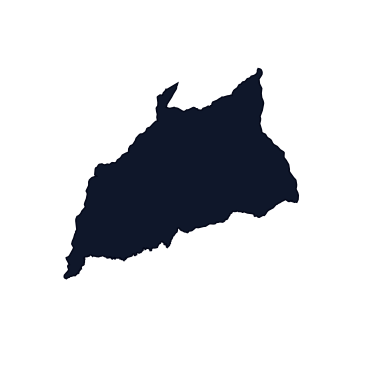 Jericó, Antioquia, Colombia (Natural Earth projection), rotated 32°
{"feature_id": "7082276B41984085227897", "entity_name": "Jericó", "entity_type": "district", "adm_level": 2, "iso_a3": "COL", "parent_name": "Colombia", "parent_adm1": "Antioquia", "projection": "natural_earth1", "projection_center": [-75.766, 5.764], "detail": "fine", "context": "isolated", "style": "filled", "palette": "ink", "viewbox_px": 384, "rotation_deg": 32, "n_neighbors": 0, "source": "geoboundaries", "source_scale": "gbopen_adm2", "svg_char_len": 6080}
<svg xmlns="http://www.w3.org/2000/svg" viewBox="0 0 384 384"><g transform="rotate(32 192 192)"><path d="M286.3,145.2L285.9,142.2L283.9,138.5L282.2,136.8L278.6,134.5L277.5,131.7L276.7,130.3L273.9,127.1L273.2,126.7L270.5,126.0L264.0,123.3L262.9,122.1L262.5,121.2L259.4,117.6L255.1,115.3L251.8,114.1L250.9,112.9L249.4,110.1L249.0,109.7L248.0,109.5L244.4,109.5L240.2,108.3L236.1,108.5L234.2,107.8L232.1,106.4L231.1,106.0L230.2,105.9L227.1,105.9L225.9,105.4L223.7,104.2L220.4,104.6L219.8,104.5L219.3,104.1L217.9,102.4L213.1,98.2L212.0,94.9L211.1,93.3L209.9,92.2L209.5,91.6L208.3,85.7L205.8,79.2L205.0,78.1L203.7,76.9L201.2,75.2L200.1,73.9L198.3,71.6L196.2,67.2L191.8,64.5L188.9,60.8L189.0,57.2L188.9,55.1L188.2,53.7L187.3,52.7L185.7,51.7L184.4,51.7L182.7,52.3L182.9,53.9L183.8,55.3L184.2,57.4L183.1,60.1L180.9,62.5L180.9,63.6L180.6,64.6L180.3,65.2L179.0,66.5L178.8,67.0L178.7,69.1L178.5,69.5L178.3,70.5L176.9,71.6L176.6,72.4L176.4,74.7L175.6,75.5L175.1,76.3L175.3,79.6L174.6,81.0L174.6,82.0L174.1,82.3L173.9,82.9L173.7,83.9L173.9,86.4L174.7,88.9L173.7,89.3L172.9,90.4L171.2,91.8L168.4,95.0L167.1,95.7L166.9,96.6L165.8,98.5L164.8,100.9L162.0,104.8L162.2,106.3L162.8,107.7L162.5,108.6L162.0,109.1L162.1,110.5L161.4,110.6L160.8,110.5L160.2,110.7L159.0,113.0L157.1,115.2L157.0,116.9L156.5,118.0L155.2,118.4L154.0,119.3L153.0,118.8L152.4,118.7L151.0,119.4L149.9,119.1L148.7,119.4L148.1,120.0L145.5,124.2L145.0,124.7L144.1,125.1L143.2,127.4L142.2,128.2L141.4,128.5L135.9,128.6L134.4,129.0L133.8,129.5L132.4,129.6L131.5,130.2L131.2,130.9L130.6,131.2L129.7,132.2L128.2,133.3L125.3,133.9L124.2,130.8L124.3,122.4L124.0,118.5L124.0,113.3L123.7,112.0L122.9,110.6L122.8,109.2L122.2,107.3L116.2,118.9L115.6,118.7L115.7,121.0L115.2,122.8L115.7,125.6L113.5,126.7L112.3,129.5L112.5,130.1L115.7,134.0L116.9,136.1L117.5,137.4L117.2,138.8L117.3,139.8L119.5,142.5L121.5,144.4L122.6,147.1L125.2,150.0L124.1,151.1L123.7,151.9L123.0,154.5L122.1,159.4L121.1,160.5L120.4,161.5L120.2,162.2L120.8,165.1L120.4,166.5L119.3,169.0L117.8,170.0L117.3,170.6L116.9,171.8L116.2,176.0L116.8,178.5L116.8,182.8L116.5,183.7L115.4,185.3L115.2,186.1L115.5,188.9L117.1,191.8L115.4,194.2L113.4,197.6L113.4,200.9L111.8,204.3L112.0,206.9L111.6,207.7L111.0,208.3L108.8,209.4L108.4,209.9L107.7,212.1L107.1,212.6L105.3,213.3L103.8,215.3L102.0,215.9L100.8,215.9L98.8,217.7L98.5,218.3L98.4,219.0L98.5,221.3L97.7,222.4L97.7,223.0L97.8,223.7L100.4,228.8L101.4,229.2L102.3,229.0L102.6,229.1L101.8,229.7L101.5,230.5L99.8,232.5L99.4,233.3L98.7,236.1L99.1,238.1L100.7,240.6L101.1,241.6L101.7,246.9L102.1,247.5L103.2,248.0L104.4,249.2L106.1,253.6L106.8,257.4L107.4,259.4L109.5,261.2L109.6,261.5L108.8,266.4L109.1,268.9L109.0,270.3L108.5,272.1L107.5,273.7L108.0,276.5L108.9,278.1L114.3,284.9L114.4,287.3L115.1,288.5L115.0,289.7L115.3,290.7L116.2,293.7L116.7,297.0L117.5,299.5L117.9,300.0L120.9,301.6L121.2,302.0L121.5,303.8L121.9,310.9L121.5,312.6L120.6,313.7L120.2,314.5L121.5,315.6L123.4,316.6L126.5,318.6L125.8,319.7L125.9,320.7L126.5,321.4L128.3,322.8L128.7,323.4L128.7,325.3L128.3,327.4L127.9,330.2L128.6,331.7L129.1,332.1L129.7,332.3L131.4,332.1L132.0,330.5L133.1,329.3L133.2,328.2L134.7,327.0L135.6,325.4L136.3,325.5L136.8,324.8L137.3,324.7L137.4,323.8L137.7,323.2L137.5,322.3L138.4,321.7L138.7,321.1L138.8,320.8L138.1,320.6L138.1,320.2L138.5,319.5L138.0,318.6L138.5,317.9L138.2,316.5L138.9,315.8L137.9,314.7L137.7,313.2L138.1,312.0L138.7,311.5L138.7,310.2L138.0,309.6L138.0,308.8L136.7,306.6L136.6,305.7L135.4,305.6L135.4,304.3L135.4,304.0L136.2,303.1L137.5,302.2L137.6,301.7L137.9,301.6L138.0,301.2L138.6,301.0L138.6,299.9L139.2,299.0L139.4,298.9L140.8,299.0L141.2,298.8L141.7,299.2L142.0,298.3L142.8,298.3L143.8,297.6L145.0,297.4L147.1,296.4L148.4,294.8L148.9,294.5L149.4,293.7L150.0,293.2L152.9,292.9L154.0,292.3L154.7,292.9L155.0,292.9L156.1,292.0L156.1,291.2L156.8,290.5L157.0,290.6L157.2,291.1L157.9,290.7L158.4,290.2L159.1,291.1L159.9,291.1L160.5,289.4L161.0,289.4L161.1,288.6L161.4,288.6L161.7,289.6L162.2,289.6L162.3,289.2L162.0,288.3L163.2,287.8L164.7,286.9L165.5,286.0L166.4,286.8L166.8,286.1L167.8,286.6L169.3,285.9L170.6,286.2L170.6,285.7L171.3,284.3L171.3,284.0L170.7,283.8L170.6,283.3L171.4,283.2L171.7,281.6L174.6,278.4L174.8,278.1L174.8,275.8L175.5,275.1L175.8,275.1L176.7,276.2L177.3,276.1L177.5,275.4L178.2,274.5L177.2,273.0L177.4,272.5L178.3,272.0L179.5,271.8L179.8,271.1L180.7,270.3L180.9,268.5L181.3,267.3L180.6,266.0L180.6,265.1L180.8,264.9L181.7,264.9L182.7,265.6L183.1,265.0L183.2,263.7L185.0,262.9L186.5,262.9L187.5,263.9L188.5,263.2L188.5,262.8L187.8,261.9L188.2,259.9L189.2,259.7L190.8,258.5L191.9,257.3L191.5,255.6L191.5,253.7L191.6,253.1L192.2,252.4L192.2,250.5L192.6,249.8L193.1,249.6L194.3,250.1L195.4,250.0L196.2,251.2L196.6,251.1L197.5,249.9L198.3,251.0L198.7,251.0L199.0,250.7L199.4,250.8L199.4,252.0L200.4,252.2L200.9,250.0L201.0,248.9L200.6,247.6L200.8,247.0L200.2,246.5L200.1,244.9L199.4,243.4L199.7,242.7L199.7,242.0L199.1,239.4L199.6,238.7L199.7,235.8L200.0,234.5L200.3,234.3L200.1,232.8L199.2,231.1L199.2,230.4L199.4,229.6L200.2,229.3L202.0,230.1L203.3,230.2L204.9,229.8L206.6,229.8L208.4,229.0L209.3,229.0L209.7,228.8L209.9,228.5L210.1,226.5L211.0,226.0L212.3,224.8L213.1,222.8L213.9,220.0L216.3,218.8L220.0,215.0L221.6,213.8L223.4,210.0L224.4,209.1L226.9,207.8L228.2,206.8L228.5,206.3L228.8,204.8L230.2,203.8L231.4,202.5L233.9,201.3L234.4,200.6L234.9,199.4L234.9,197.4L236.0,196.8L236.3,195.7L236.0,193.8L236.2,191.8L235.9,190.6L236.1,189.8L236.7,188.8L236.6,187.2L236.8,186.7L238.9,185.7L239.3,185.1L239.8,184.9L239.9,184.1L240.4,183.9L241.7,183.9L244.0,182.5L245.6,182.4L246.0,182.1L246.0,181.2L250.1,180.4L254.6,178.3L256.6,178.0L257.4,179.2L258.2,179.3L259.1,178.0L261.4,178.2L262.4,177.8L264.4,174.2L265.7,173.5L265.9,172.6L266.0,171.2L266.0,169.0L266.4,167.1L269.2,162.2L269.8,158.2L270.7,157.1L270.9,156.1L272.1,154.4L273.0,152.4L274.4,150.3L274.7,149.3L275.2,148.9L276.5,148.7L278.7,148.9L280.0,148.1L280.0,147.2L281.2,147.1L281.1,146.6L281.3,146.2L282.2,146.4L282.7,146.8L283.3,146.5L284.2,146.5L285.1,145.6L286.3,145.2Z" fill="#0f172a" stroke="#020617" stroke-width="1.5"/></g></svg>